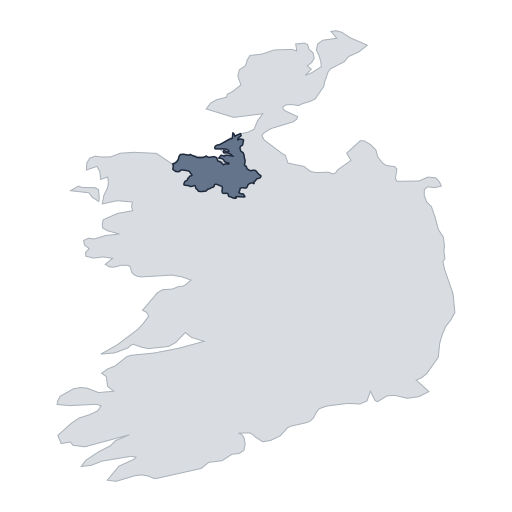 Sligo on a map of Ireland (Robinson projection)
{"feature_id": "IRL-728", "entity_name": "Sligo", "entity_type": "County", "adm_level": 1, "iso_a3": "IRL", "parent_name": "Ireland", "parent_adm1": "", "projection": "robinson", "projection_center": [-8.586, 54.193], "detail": "fine", "context": "in_parent", "style": "filled", "palette": "slate", "viewbox_px": 512, "rotation_deg": 0, "n_neighbors": 0, "source": "natural_earth", "source_scale": "10m", "svg_char_len": 7603}
<svg xmlns="http://www.w3.org/2000/svg" viewBox="0 0 512 512"><path d="M344.5,61.6L330.4,68.9L328.2,71.7L324.3,83.0L323.9,86.3L315.1,99.0L310.0,101.5L302.6,103.6L298.3,105.6L292.9,104.6L286.2,104.8L282.8,107.0L283.0,108.8L285.0,110.8L297.6,116.6L296.9,119.0L293.3,121.8L270.9,128.6L264.2,132.7L261.8,135.5L264.2,140.0L282.3,153.7L285.3,155.2L288.0,163.1L303.9,166.4L310.4,171.4L316.1,172.6L328.2,172.2L333.1,174.0L335.9,172.6L337.5,170.0L351.0,160.3L346.7,153.1L360.3,140.7L364.1,140.9L370.6,144.6L375.9,149.9L377.7,156.9L382.8,163.2L386.1,165.4L394.8,166.7L396.9,169.1L395.4,178.3L396.8,181.3L419.1,181.0L427.9,177.1L435.7,177.8L439.5,181.9L441.3,186.1L434.7,187.7L427.7,186.8L424.4,189.6L424.2,194.9L426.6,201.8L431.4,206.6L435.2,217.6L438.5,229.8L443.4,237.1L444.5,246.2L443.9,250.7L444.9,258.8L442.9,261.6L444.5,269.2L453.0,293.6L454.9,312.6L451.0,319.7L445.7,326.5L442.3,334.5L439.7,343.2L438.3,357.2L426.8,373.5L421.9,377.6L416.2,380.1L428.9,391.6L418.7,396.7L407.4,398.3L394.9,395.4L387.2,395.8L377.4,401.7L375.1,400.6L370.4,391.2L367.0,400.9L359.9,404.0L347.6,403.4L327.0,406.0L319.1,408.7L315.9,413.1L313.4,418.0L310.3,421.0L306.6,422.6L290.8,426.2L287.6,427.7L280.3,435.8L270.7,440.4L262.7,441.8L255.5,437.1L252.6,434.3L249.3,432.9L238.4,433.1L241.9,434.6L244.1,437.9L245.2,444.2L243.9,450.5L238.6,453.6L232.1,454.2L222.0,460.7L208.6,462.4L201.3,468.4L156.8,478.4L154.3,478.6L148.2,476.0L141.6,474.9L134.9,475.7L116.3,481.3L107.3,480.2L118.9,466.2L134.3,459.1L136.0,457.2L130.9,456.3L101.6,461.2L91.3,465.3L81.2,466.5L85.9,460.2L99.1,451.5L110.5,445.7L115.5,440.6L129.3,434.8L84.7,446.8L73.0,445.3L70.3,442.0L61.1,443.5L57.8,435.4L71.4,423.2L79.3,417.9L88.7,415.0L97.7,410.9L101.0,405.9L96.8,404.3L69.9,405.6L57.1,404.5L57.8,400.6L60.2,396.2L73.6,388.7L80.9,387.5L87.3,388.2L98.6,392.6L113.7,391.2L107.5,386.4L106.4,376.6L101.6,373.3L107.8,368.8L114.9,366.1L126.7,356.7L130.9,355.3L154.2,353.0L179.3,348.1L204.2,341.3L191.5,337.5L185.4,332.5L175.5,342.6L168.5,346.5L148.5,348.6L142.2,347.4L133.3,344.3L130.5,345.5L128.0,347.9L114.7,352.9L100.8,354.1L117.0,345.0L137.6,329.5L142.2,324.7L148.7,316.2L146.7,312.4L142.5,310.3L157.4,292.8L162.6,289.7L172.1,289.1L179.0,286.4L182.1,286.4L184.9,285.3L191.0,280.1L181.6,276.8L171.9,275.1L141.9,276.9L138.0,276.5L134.3,274.9L131.9,272.6L130.1,266.7L127.9,265.3L121.1,265.3L114.4,267.1L109.8,267.0L105.2,264.4L112.6,258.3L103.2,256.9L93.7,258.1L85.8,256.2L85.6,252.4L89.2,248.6L84.5,245.0L83.6,240.5L88.6,238.2L94.1,239.0L105.2,235.6L119.5,234.0L107.3,230.7L102.5,227.8L102.3,223.5L103.3,219.7L117.5,213.4L132.6,210.7L131.5,206.5L132.5,202.0L117.3,200.7L102.3,203.9L103.9,195.3L107.6,187.6L108.4,182.5L107.7,177.0L100.6,179.4L99.9,171.7L96.9,166.4L86.4,170.0L86.8,163.0L89.8,158.2L95.3,156.1L100.7,157.0L110.7,156.9L120.4,153.2L134.3,152.3L156.5,153.4L171.8,163.8L175.7,161.9L181.8,155.4L184.7,154.7L207.7,157.5L222.0,161.3L225.8,160.1L223.8,152.9L218.9,147.8L225.0,141.3L232.5,136.8L237.5,134.6L249.1,131.8L254.1,129.2L257.5,120.8L262.8,113.7L233.8,117.4L206.2,109.0L210.6,103.1L216.4,99.8L226.5,97.2L227.4,94.1L232.5,91.6L240.9,84.9L237.8,76.1L239.4,69.7L245.5,65.7L247.3,59.8L250.0,55.5L262.3,54.0L274.0,50.0L292.1,49.4L296.8,51.0L295.7,44.0L304.3,43.1L307.6,44.5L309.1,49.5L313.0,52.7L314.2,58.2L311.7,62.5L307.3,65.8L311.3,69.2L305.2,75.4L311.8,72.7L321.3,66.7L320.8,61.8L319.1,55.7L316.4,50.1L317.6,44.0L322.9,40.2L336.8,38.3L331.0,31.4L336.1,30.7L341.7,32.2L349.9,37.6L367.3,45.2L358.9,51.9L348.5,56.6L344.5,61.6ZM99.2,198.2L98.8,201.5L92.2,197.3L89.0,192.8L70.6,190.7L78.3,186.1L82.0,187.5L95.0,187.7L98.6,189.6L99.2,198.2Z" fill="#d9dde1" stroke="#a8b0b8" stroke-width="1"/><path d="M172.8,168.9L173.2,167.3L173.3,165.7L172.7,164.0L174.8,163.3L176.8,161.8L178.3,159.4L179.0,156.4L180.3,154.5L183.4,154.2L188.8,155.2L189.4,155.0L189.9,154.6L190.4,154.4L191.5,155.1L193.0,155.8L194.5,156.2L196.5,157.3L197.8,157.6L202.3,157.6L204.2,157.1L206.1,156.0L208.6,157.4L214.1,156.6L216.6,157.6L217.1,158.7L217.4,160.0L217.9,161.1L220.5,161.9L221.5,162.7L223.4,164.8L224.6,164.1L226.0,163.9L228.9,164.0L228.9,163.2L227.6,162.7L226.0,162.3L224.6,161.7L224.0,160.4L223.4,159.5L222.1,158.8L220.4,158.4L219.0,158.4L219.0,157.6L219.7,157.0L220.7,155.6L221.5,155.2L223.5,155.9L224.7,156.1L225.2,155.6L226.3,155.1L232.6,156.0L231.2,154.6L229.6,153.6L227.8,153.0L226.1,152.8L224.3,152.9L223.6,152.6L223.4,151.7L223.9,150.5L225.0,150.8L227.1,152.1L228.9,151.3L228.2,150.2L226.3,149.2L224.3,148.9L215.4,148.9L214.9,148.5L214.8,147.3L215.2,146.4L216.1,145.6L217.2,145.1L219.8,144.5L230.2,138.9L231.7,138.6L232.3,138.2L232.5,137.3L232.6,135.0L232.9,133.0L233.6,133.3L234.2,134.6L234.5,135.3L234.9,135.4L235.0,135.5L235.0,136.2L237.7,134.8L240.3,133.7L240.6,133.7L240.6,133.9L241.1,135.6L240.6,136.2L239.9,136.6L239.1,137.2L237.9,138.7L237.7,139.4L237.8,139.8L238.3,139.8L238.8,139.6L239.5,139.1L239.9,139.0L240.5,139.0L242.9,139.5L243.5,140.0L243.6,140.4L243.5,140.8L243.3,141.3L243.2,141.9L242.8,144.0L242.6,144.8L242.3,145.3L241.9,145.5L241.5,145.7L241.0,146.0L240.5,146.5L240.1,147.4L240.0,148.0L240.0,148.5L240.7,150.8L241.0,151.3L241.3,151.6L241.8,151.8L242.4,152.2L243.2,152.8L243.9,154.7L244.2,155.9L244.3,157.6L244.6,158.6L245.0,160.0L245.1,160.7L245.1,161.3L244.8,163.4L244.5,164.7L244.6,165.2L244.9,165.6L245.9,166.1L246.5,166.7L246.6,167.3L246.7,168.1L246.9,168.5L247.2,168.9L249.9,170.5L250.4,170.7L251.0,170.7L253.0,170.2L253.6,170.2L254.2,170.2L254.8,170.3L255.3,170.5L255.7,170.7L256.0,171.0L258.7,174.2L259.5,174.8L260.8,175.5L260.9,176.7L260.4,177.3L260.0,177.8L259.1,178.2L257.4,178.7L256.5,179.1L256.1,179.6L255.7,180.4L255.2,181.0L254.3,181.6L254.0,182.0L254.0,182.5L254.1,183.0L254.0,183.5L253.6,183.6L253.4,183.5L252.7,183.0L252.0,182.9L251.0,183.0L249.2,183.8L248.4,184.4L247.9,184.9L247.5,186.2L246.9,187.3L246.5,187.7L246.2,187.9L245.2,188.1L244.6,188.1L243.5,187.8L242.7,187.7L241.9,187.8L240.4,188.2L240.0,188.6L240.0,189.0L240.0,189.5L239.9,190.2L239.2,191.4L239.1,192.0L238.9,192.5L239.1,192.8L239.4,193.0L241.2,193.8L241.7,193.9L242.8,193.9L243.3,194.0L243.6,194.3L243.8,194.6L243.9,195.1L244.1,195.5L244.7,196.1L244.9,196.6L244.7,196.8L244.2,197.0L237.0,196.6L236.1,196.8L235.6,197.0L235.4,197.3L235.7,197.5L236.0,197.6L236.2,197.9L236.0,198.1L235.5,198.3L235.0,198.3L234.3,198.3L233.8,198.2L232.8,197.9L230.8,196.9L229.3,196.6L228.9,196.4L228.6,196.1L228.4,195.6L228.3,194.7L228.2,194.3L228.0,193.9L227.7,193.6L227.3,193.4L226.7,193.3L223.7,193.4L223.3,193.3L222.4,192.9L222.0,191.2L222.4,187.7L222.1,186.9L221.8,186.4L216.9,184.4L216.3,184.2L215.6,184.2L215.2,184.4L214.7,184.6L214.4,184.9L214.3,185.3L214.1,186.2L214.0,186.5L213.6,186.8L213.3,187.1L212.8,187.3L210.9,187.8L210.6,188.0L210.1,188.5L209.6,188.8L208.6,189.0L207.9,189.2L207.5,189.4L206.7,190.5L206.0,191.0L205.2,191.2L201.2,191.6L198.7,191.3L198.3,191.0L198.0,190.8L197.4,189.5L196.0,188.6L195.8,188.3L195.8,188.1L195.4,186.9L195.4,186.4L195.2,185.8L194.8,185.6L194.3,185.6L193.8,185.7L192.3,186.3L191.7,186.4L190.7,186.5L190.0,186.4L188.4,185.6L185.3,185.3L184.4,185.0L183.9,184.7L183.9,184.2L183.9,183.8L184.1,183.3L184.6,182.1L184.9,181.6L185.1,181.3L185.4,181.1L186.7,180.5L187.1,180.3L187.4,180.0L187.5,179.6L187.6,179.1L187.6,178.7L187.9,178.3L188.2,178.1L188.6,177.8L188.9,177.5L189.3,176.7L189.5,176.4L189.9,176.1L191.4,175.7L191.8,175.5L191.9,175.1L191.8,174.6L190.6,173.4L190.3,172.9L189.6,171.7L189.0,171.2L188.3,170.9L182.3,169.9L181.8,170.0L180.7,170.2L180.3,170.5L180.1,170.8L179.9,171.2L179.5,171.4L179.0,171.6L178.3,171.7L176.4,171.6L175.8,171.5L175.3,171.2L173.0,169.5L172.8,169.0L172.8,168.9Z" fill="#64748b" stroke="#1e293b" stroke-width="1.5"/></svg>